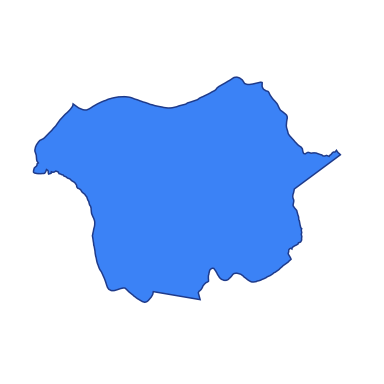 Curralinho, Pará, Brazil, rotated 170°
{"feature_id": "56859067B52870211786436", "entity_name": "Curralinho", "entity_type": "district", "adm_level": 2, "iso_a3": "BRA", "parent_name": "Brazil", "parent_adm1": "Pará", "projection": "robinson", "projection_center": [-49.994, -1.568], "detail": "fine", "context": "isolated", "style": "filled", "palette": "blue", "viewbox_px": 384, "rotation_deg": 170, "n_neighbors": 0, "source": "geoboundaries", "source_scale": "gbopen_adm2", "svg_char_len": 5406}
<svg xmlns="http://www.w3.org/2000/svg" viewBox="0 0 384 384"><g transform="rotate(170 192 192)"><path d="M147.3,291.2L149.3,290.1L150.2,289.2L151.0,288.5L152.3,287.9L155.3,287.0L156.7,286.4L159.2,285.6L163.2,284.5L164.8,284.0L166.0,283.8L168.4,283.1L169.6,282.4L170.9,281.9L178.2,280.8L180.9,280.5L183.0,279.6L189.8,279.1L192.3,278.6L196.9,278.4L198.5,278.5L200.6,278.8L201.8,279.1L205.3,280.2L206.3,280.7L209.8,282.0L213.6,283.5L215.8,284.7L218.3,285.7L219.5,286.6L220.8,287.3L222.2,288.1L224.8,289.3L225.7,289.9L227.2,290.7L229.8,292.3L232.3,293.5L234.8,295.1L236.4,295.9L237.7,296.4L240.7,297.3L242.0,297.6L243.3,297.8L246.4,298.2L247.8,298.4L251.6,298.4L254.3,298.3L256.0,298.1L257.6,298.0L258.9,297.8L261.0,297.2L262.8,297.0L265.5,296.4L269.8,295.2L273.7,293.8L275.1,293.3L276.3,292.7L278.6,291.8L280.9,291.2L281.9,291.1L284.1,291.6L285.3,292.1L289.1,294.5L293.8,299.4L294.2,298.2L294.8,297.1L297.3,294.7L298.4,293.8L300.8,292.1L301.9,291.4L303.0,290.8L304.4,289.8L307.8,287.2L309.2,286.2L313.3,282.2L314.6,280.8L317.1,279.0L318.3,278.0L319.3,277.1L322.5,274.9L323.3,274.3L327.9,271.0L329.2,270.3L332.9,269.2L333.8,268.5L334.7,267.8L335.6,266.8L336.7,265.8L338.3,263.5L339.4,260.7L339.6,259.5L339.0,255.3L339.4,250.8L339.3,249.4L338.3,247.3L339.7,246.6L340.0,245.3L340.8,244.4L341.8,243.9L343.2,243.0L344.0,241.3L344.5,240.1L344.6,238.9L343.7,238.0L341.2,237.0L337.8,236.3L336.3,236.2L335.2,236.0L333.9,236.0L332.5,237.4L331.4,239.4L330.3,238.4L330.0,237.2L330.2,235.8L330.1,234.6L328.8,234.7L327.5,234.9L327.0,236.4L325.8,235.6L324.1,235.6L322.5,236.3L320.4,235.1L319.7,233.1L318.4,232.6L317.3,231.7L316.0,231.2L315.3,229.9L313.6,229.0L312.7,227.9L311.7,227.0L310.4,226.4L309.6,225.6L308.7,224.2L306.4,222.2L305.6,221.2L304.5,218.8L304.6,217.1L303.9,215.6L302.8,215.0L301.8,214.1L301.1,213.2L300.5,211.4L299.7,210.3L297.9,208.3L297.5,207.1L296.5,205.5L296.0,202.2L295.3,200.5L295.3,199.3L295.1,197.1L294.4,195.6L294.2,193.7L294.4,192.0L294.6,189.5L294.6,188.0L293.8,184.5L293.4,183.3L293.0,180.7L293.0,179.3L293.5,176.7L294.0,175.1L295.0,173.0L295.6,171.5L296.0,170.3L296.5,169.2L297.1,167.6L297.7,166.2L297.7,163.0L297.8,160.7L297.8,158.8L298.0,156.9L297.8,155.3L297.8,150.7L298.0,148.4L298.0,145.4L297.8,144.0L297.8,141.1L297.7,139.3L297.5,137.7L297.2,136.4L297.0,135.0L296.5,132.5L295.8,130.6L295.2,129.4L294.4,126.5L294.1,125.2L293.5,122.9L293.1,121.1L292.6,118.0L292.2,115.0L291.8,112.7L290.8,110.6L288.6,108.9L286.5,108.5L285.4,108.4L282.3,108.8L279.0,109.3L276.3,109.4L274.8,109.1L274.0,108.2L273.3,107.2L272.6,106.3L271.7,104.9L269.0,101.8L268.0,100.7L267.1,99.4L266.0,98.4L265.1,97.3L264.1,96.3L263.0,95.4L262.0,94.5L260.8,93.5L259.9,92.7L257.7,91.6L256.3,91.7L255.2,92.0L253.9,92.7L250.4,95.6L248.5,97.9L247.4,100.6L202.7,84.6L203.3,91.7L202.3,93.0L201.1,93.6L200.1,94.3L199.2,95.2L198.3,96.3L197.7,97.4L195.8,99.1L193.7,100.4L192.6,100.6L191.3,101.2L191.0,102.5L190.9,104.0L190.4,106.7L189.8,107.9L189.3,109.3L188.3,111.5L187.5,112.5L186.3,113.1L185.3,113.4L183.8,113.0L182.4,110.1L181.5,107.6L181.2,106.4L180.2,104.1L179.8,103.0L179.0,101.9L178.2,100.9L177.1,100.3L175.9,99.5L174.7,99.2L173.6,99.1L172.3,99.3L171.2,99.7L170.3,100.5L169.1,101.1L167.3,102.6L166.4,103.5L165.2,104.3L164.2,104.4L162.5,104.4L161.3,104.0L160.2,103.5L159.2,103.0L158.2,102.5L156.1,100.3L155.4,99.1L154.4,98.2L153.6,97.3L152.7,96.2L151.8,95.3L149.9,93.7L148.7,93.0L147.1,92.7L144.3,92.6L143.2,93.0L141.9,93.0L140.7,93.1L139.5,93.3L138.4,93.7L136.3,94.1L133.8,94.8L132.7,95.4L129.4,96.2L127.8,96.9L126.5,97.5L125.5,98.2L124.1,98.5L120.4,100.2L119.5,100.7L118.5,101.5L115.9,103.0L114.9,103.8L113.8,104.2L112.8,104.7L110.5,105.8L109.3,106.4L108.5,107.1L107.0,108.0L106.1,108.6L106.4,109.9L106.8,111.1L107.8,113.7L108.0,114.9L107.2,116.2L106.8,118.2L105.6,119.2L104.5,119.4L103.5,118.5L103.1,119.6L102.1,120.4L100.9,120.9L99.9,121.3L98.9,121.5L97.8,121.9L96.7,122.3L96.0,123.5L94.9,123.6L93.8,123.9L92.6,125.2L92.2,126.4L92.1,127.6L91.6,128.8L91.7,131.6L91.0,132.8L91.0,135.6L90.3,136.9L91.1,137.9L91.2,139.7L91.3,141.0L91.3,145.2L91.7,146.3L91.4,148.1L91.4,149.6L91.7,151.0L92.1,155.7L93.6,158.2L94.8,160.8L94.6,162.0L93.5,164.8L93.2,166.4L93.6,168.2L93.6,170.0L93.0,172.0L92.1,173.6L91.4,175.4L90.7,177.2L49.9,197.6L39.4,202.9L40.1,204.0L41.1,205.1L41.9,206.5L42.5,208.0L43.4,207.2L44.4,206.5L45.8,206.8L46.9,206.3L48.7,204.7L50.0,204.2L50.8,203.2L52.1,204.1L53.2,204.7L54.3,204.5L55.4,204.4L56.9,204.9L57.7,206.0L58.9,206.5L61.6,208.0L62.9,208.8L64.7,209.3L66.3,209.5L68.0,209.5L69.4,210.3L70.8,210.9L71.8,210.7L74.0,209.9L75.4,210.6L75.8,212.6L75.8,215.3L76.6,217.1L78.6,219.0L79.7,220.3L80.9,222.2L81.7,223.3L83.0,225.6L84.0,227.1L84.9,228.6L85.6,229.6L86.3,230.9L87.1,232.7L87.3,235.8L87.5,237.0L87.7,239.3L87.6,241.0L86.6,244.8L86.0,246.6L85.4,248.1L85.2,249.6L85.5,251.2L86.4,252.5L87.2,253.4L88.3,254.7L89.8,256.3L90.7,257.2L91.4,259.0L91.9,260.7L92.4,262.7L92.9,264.2L94.6,267.1L95.9,269.0L96.8,270.7L98.1,273.5L98.6,274.9L98.8,276.0L99.5,277.7L100.5,278.3L101.6,278.8L102.5,279.7L103.4,280.4L104.1,281.5L104.6,283.4L104.5,284.7L104.1,286.4L103.9,287.6L105.1,288.2L106.2,288.2L107.4,288.1L109.7,288.0L113.6,287.8L116.7,287.9L118.4,288.2L119.7,288.7L121.4,289.8L122.5,292.5L123.0,293.6L124.2,294.9L125.3,296.0L127.1,297.0L128.3,297.4L130.6,297.5L132.0,297.0L133.7,296.2L135.8,295.3L137.2,294.9L139.2,294.1L141.0,293.4L143.1,292.7L147.3,291.2Z" fill="#3b82f6" stroke="#1e3a8a" stroke-width="1.5"/></g></svg>